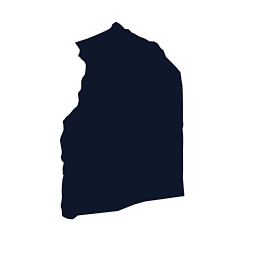 the district of Ar Rusayris, Blue Nile, Sudan, rotated 12°
{"feature_id": "16777658B20285079264513", "entity_name": "Ar Rusayris", "entity_type": "district", "adm_level": 2, "iso_a3": "SDN", "parent_name": "Sudan", "parent_adm1": "Blue Nile", "projection": "natural_earth1", "projection_center": [34.492, 12.166], "detail": "fine", "context": "isolated", "style": "filled", "palette": "ink", "viewbox_px": 256, "rotation_deg": 12, "n_neighbors": 0, "source": "geoboundaries", "source_scale": "gbopen_adm2", "svg_char_len": 1518}
<svg xmlns="http://www.w3.org/2000/svg" viewBox="0 0 256 256"><g transform="rotate(12 128 128)"><path d="M94.5,27.4L92.5,29.4L91.9,30.0L91.3,33.5L88.7,36.4L82.2,41.3L79.2,43.4L76.3,45.5L69.9,49.7L68.6,50.5L59.8,55.5L59.6,55.6L61.7,57.5L65.2,60.9L65.7,64.3L65.5,65.0L65.0,67.6L66.4,67.8L67.5,68.9L68.2,69.6L71.8,71.4L73.3,73.1L74.5,75.2L75.1,79.4L75.4,83.1L75.2,85.6L73.7,88.5L73.3,91.9L74.4,97.3L74.7,99.0L74.3,101.3L72.9,103.5L72.7,105.0L74.9,111.2L74.8,115.4L74.5,117.5L71.8,120.9L69.3,125.5L68.9,126.6L65.8,130.6L64.6,133.3L63.7,134.5L63.7,135.4L65.1,138.9L66.2,143.2L65.1,149.3L64.7,151.9L64.9,154.5L67.0,159.8L67.4,160.7L69.0,165.0L69.3,167.0L69.1,170.3L70.0,172.3L70.7,173.2L72.9,174.6L73.2,176.3L73.1,180.4L73.4,182.4L74.0,183.2L74.2,185.6L75.5,187.6L75.4,192.4L76.1,198.3L76.9,202.8L77.7,206.0L78.6,209.2L78.9,213.6L79.0,216.0L79.2,218.3L80.2,220.4L81.1,222.0L82.4,227.0L84.3,227.9L88.4,228.6L92.8,228.0L95.3,225.1L96.5,223.4L135.2,210.5L149.4,201.0L157.0,197.0L159.7,195.6L196.3,182.3L196.1,181.4L191.2,165.2L190.3,160.1L189.5,155.9L187.9,148.7L185.8,139.0L185.6,138.0L184.3,131.1L183.4,127.1L182.5,123.1L180.8,117.9L180.8,114.3L180.3,112.1L179.2,108.2L176.2,94.1L175.7,92.0L173.4,81.8L171.7,75.3L169.2,69.1L167.1,63.0L161.7,58.8L149.7,51.0L146.1,45.3L142.8,43.6L139.3,40.0L135.8,38.7L133.4,39.1L130.8,39.5L125.8,37.8L120.2,37.0L114.3,35.1L111.4,34.5L111.3,34.4L107.9,32.1L104.1,32.6L101.6,30.7L99.4,29.4L98.1,28.7L97.8,28.5L94.5,27.4L94.5,27.4Z" fill="#0f172a" stroke="#020617" stroke-width="1.5"/></g></svg>